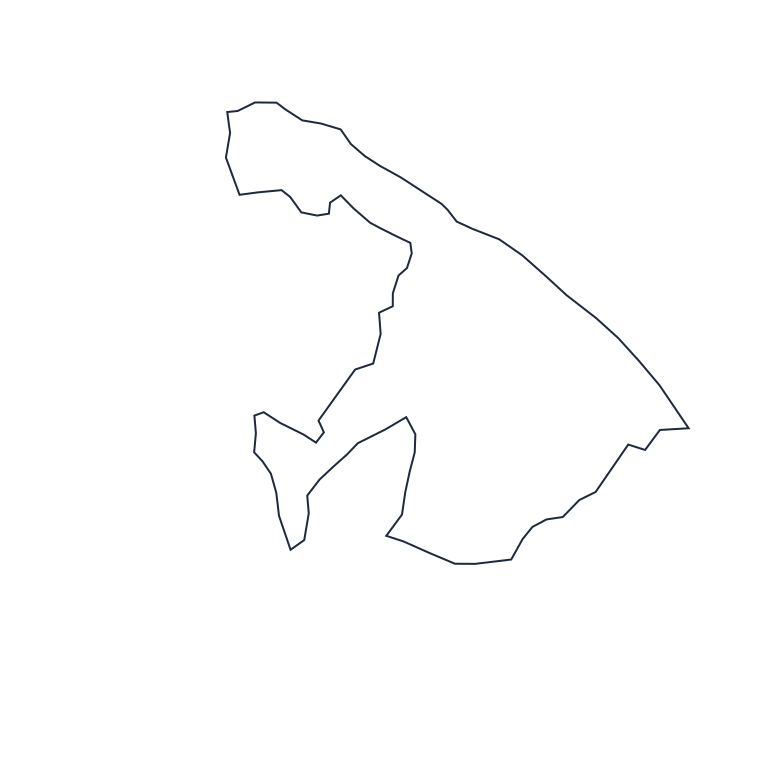 the district of Klepini, Cyprus, rotated 213°
{"feature_id": "46923920B25595466119807", "entity_name": "Klepini", "entity_type": "district", "adm_level": 2, "iso_a3": "CYP", "parent_name": "Cyprus", "parent_adm1": "", "projection": "mercator", "projection_center": [33.461, 35.306], "detail": "fine", "context": "isolated", "style": "outline", "palette": "slate", "viewbox_px": 768, "rotation_deg": 213, "n_neighbors": 0, "source": "geoboundaries", "source_scale": "gbopen_adm2", "svg_char_len": 1306}
<svg xmlns="http://www.w3.org/2000/svg" viewBox="0 0 768 768"><g transform="rotate(213 384 384)"><path d="M663.6,526.7L649.8,510.7L639.9,487.8L608.2,464.0L594.3,475.9L575.5,490.8L564.6,489.8L546.8,482.9L531.9,488.8L523.0,496.8L528.0,506.7L523.0,518.7L505.2,514.7L483.4,511.7L471.5,512.7L453.7,514.7L438.8,516.7L431.9,508.7L427.9,493.8L430.9,482.9L426.0,464.9L419.0,454.0L427.0,441.1L414.1,424.2L404.2,395.3L416.1,380.4L419.0,317.7L408.1,310.7L409.1,297.8L424.0,297.8L449.7,294.8L469.5,294.8L475.5,286.9L464.6,272.9L455.7,256.0L443.8,253.0L429.9,247.1L415.1,234.1L400.2,216.2L372.1,194.1L365.9,209.7L376.7,234.6L387.6,248.6L386.0,268.8L381.4,287.4L376.7,304.5L373.7,320.1L358.2,346.5L347.3,368.3L330.3,358.9L321.0,343.4L314.8,324.7L307.1,304.5L297.8,284.3L299.4,257.9L282.3,262.5L252.9,267.2L226.6,271.9L209.6,282.8L181.7,306.1L183.3,329.4L181.7,344.9L174.0,358.9L161.6,369.8L157.0,393.1L147.7,408.7L146.2,466.2L129.1,470.9L127.6,495.7L104.4,512.8L152.3,533.0L183.3,542.4L212.7,550.1L242.1,554.8L279.2,557.9L307.1,562.6L338.1,567.2L366.2,568.1L394.2,562.3L411.5,559.8L425.5,564.7L433.8,566.4L452.7,566.4L482.4,566.4L506.3,564.7L524.4,564.7L542.5,567.2L559.0,573.9L578.8,568.1L596.1,560.6L616.7,560.6L627.4,561.4L645.5,549.9L655.4,533.3L663.6,526.7Z" fill="none" stroke="#1e293b" stroke-width="2"/></g></svg>